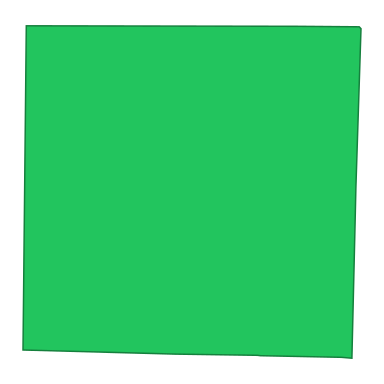 outline of Wise, Texas, United States of America
{"feature_id": "52423323B38394143035791", "entity_name": "Wise", "entity_type": "district", "adm_level": 2, "iso_a3": "USA", "parent_name": "United States of America", "parent_adm1": "Texas", "projection": "albers", "projection_center": [-97.568, 33.212], "detail": "fine", "context": "isolated", "style": "filled", "palette": "green", "viewbox_px": 384, "rotation_deg": 0, "n_neighbors": 0, "source": "geoboundaries", "source_scale": "gbopen_adm2", "svg_char_len": 280}
<svg xmlns="http://www.w3.org/2000/svg" viewBox="0 0 384 384"><path d="M26.3,25.8L23.0,350.0L175.2,354.1L257.5,355.3L260.3,355.7L341.2,357.3L351.9,358.2L355.3,213.8L355.9,187.2L361.0,28.7L359.2,26.8L295.9,26.3L26.3,25.8Z" fill="#22c55e" stroke="#15803d" stroke-width="1.5"/></svg>